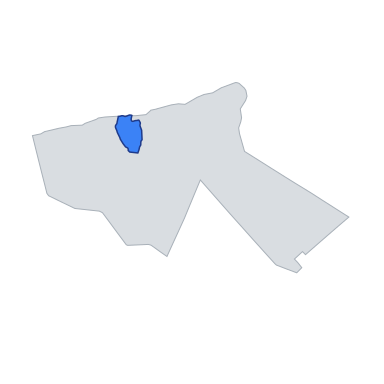 Jordan, with Tafilah highlighted, rotated 66°
{"feature_id": "JOR-852", "entity_name": "Tafilah", "entity_type": "Province", "adm_level": 1, "iso_a3": "JOR", "parent_name": "Jordan", "parent_adm1": "", "projection": "albers", "projection_center": [35.57, 30.801], "detail": "fine", "context": "in_parent", "style": "filled", "palette": "blue", "viewbox_px": 384, "rotation_deg": 66, "n_neighbors": 0, "source": "natural_earth", "source_scale": "10m", "svg_char_len": 2156}
<svg xmlns="http://www.w3.org/2000/svg" viewBox="0 0 384 384"><g transform="rotate(66 192 192)"><path d="M121.2,101.5L126.9,102.8L130.2,105.8L135.7,114.1L144.3,116.5L147.7,118.9L152.4,123.3L158.1,124.9L176.3,127.5L190.6,117.9L202.6,109.9L216.3,100.7L225.6,94.4L241.3,83.6L251.7,76.8L265.3,67.8L278.7,58.9L282.8,72.7L286.9,86.2L291.2,100.2L295.4,113.8L291.4,115.3L294.9,125.7L300.1,123.9L305.8,122.5L308.4,129.2L300.8,136.9L293.1,144.6L291.3,145.4L281.0,148.8L260.1,155.6L246.0,160.1L228.0,165.9L213.0,170.6L198.2,175.2L184.4,179.5L192.4,188.0L204.7,201.0L212.9,209.6L222.7,220.7L231.4,230.6L240.7,241.1L234.4,244.9L224.0,251.0L223.0,252.1L222.1,253.3L217.9,264.0L214.6,272.4L213.5,273.5L198.8,276.8L183.9,280.1L174.5,282.2L171.8,284.4L165.7,294.9L159.4,305.7L148.9,314.6L137.1,324.5L134.2,325.1L125.7,323.6L111.1,321.1L96.9,318.6L87.3,316.9L75.6,314.8L77.4,306.5L76.9,302.1L79.7,287.4L81.4,280.5L82.2,275.4L86.3,265.1L85.8,261.7L86.7,249.8L86.3,247.5L88.1,241.0L91.6,231.6L94.9,223.4L96.1,219.8L99.5,212.1L102.6,202.6L101.0,197.4L100.5,196.4L101.8,190.5L101.7,190.4L103.2,180.7L104.0,175.5L105.9,168.5L109.1,162.7L107.6,148.8L107.8,141.4L109.8,132.8L108.7,122.9L109.6,108.8L109.8,107.4L111.0,105.7L111.9,104.8L118.4,101.9L121.2,101.5Z" fill="#d9dde1" stroke="#a8b0b8" stroke-width="1"/><path d="M93.0,228.6L93.5,227.1L93.7,225.5L93.9,224.8L94.3,224.1L94.7,223.6L95.6,222.7L95.9,222.1L96.1,220.7L96.1,219.3L96.2,217.9L96.9,216.5L97.6,215.8L98.0,216.1L100.7,218.0L101.5,218.2L102.4,218.3L103.0,217.9L103.4,217.3L103.7,214.8L104.3,213.1L104.5,211.8L104.9,211.3L105.4,211.2L106.1,211.2L107.0,211.1L107.7,211.1L108.3,211.3L108.9,211.8L109.7,212.3L110.5,212.6L115.1,212.9L123.8,216.3L124.1,216.6L124.3,217.0L124.5,217.5L125.0,218.0L125.7,218.5L127.6,219.4L128.2,219.7L128.6,220.2L129.2,221.1L129.6,221.6L131.9,223.3L134.3,225.6L130.2,232.6L128.2,233.4L126.7,232.8L126.2,232.8L125.6,232.9L124.9,233.4L124.4,233.9L123.6,234.4L119.8,235.3L114.7,236.0L112.8,235.8L107.4,236.0L105.2,235.7L103.0,235.7L101.8,235.6L101.2,235.4L100.4,235.0L99.7,234.1L99.1,233.0L98.4,232.4L97.6,231.9L93.9,229.2L93.0,228.6Z" fill="#3b82f6" stroke="#1e3a8a" stroke-width="1.5"/></g></svg>